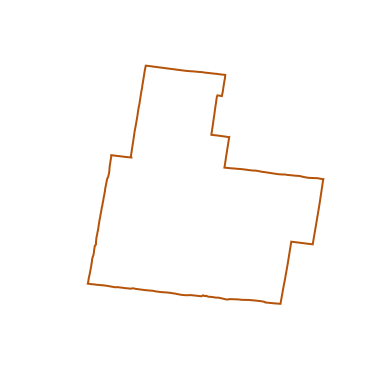 the district of Gruia, Mehedinti, Romania, rotated 341°
{"feature_id": "2599482B33990588848115", "entity_name": "Gruia", "entity_type": "district", "adm_level": 2, "iso_a3": "ROU", "parent_name": "Romania", "parent_adm1": "Mehedinti", "projection": "orthographic", "projection_center": [22.812, 44.277], "detail": "fine", "context": "isolated", "style": "outline", "palette": "amber", "viewbox_px": 384, "rotation_deg": 341, "n_neighbors": 0, "source": "geoboundaries", "source_scale": "gbopen_adm2", "svg_char_len": 3795}
<svg xmlns="http://www.w3.org/2000/svg" viewBox="0 0 384 384"><g transform="rotate(341 192 192)"><path d="M239.3,326.5L240.1,325.0L247.8,311.2L251.6,304.6L259.1,291.1L264.4,281.2L269.7,271.3L288.9,280.7L289.1,280.8L304.7,252.2L308.1,245.9L309.9,242.5L319.9,223.3L320.2,222.9L320.4,222.6L320.0,222.4L319.5,222.2L317.4,221.1L316.8,220.7L316.1,220.3L315.4,219.9L310.0,217.8L306.9,216.6L302.7,214.3L301.2,213.4L299.5,212.2L298.2,211.5L297.3,211.2L294.7,210.1L292.2,208.9L289.3,207.6L287.9,207.0L285.7,205.7L284.6,205.4L283.4,204.9L281.5,204.2L278.9,203.0L275.6,201.3L268.0,197.3L264.6,195.6L261.0,193.5L259.2,192.5L258.3,192.2L256.3,191.4L254.4,190.5L253.1,189.9L250.6,188.6L248.4,187.5L246.3,186.5L241.2,184.3L239.3,183.4L237.8,182.8L232.5,180.4L230.6,179.5L232.9,175.2L235.6,170.0L239.4,162.8L244.2,153.8L245.0,152.3L244.9,152.3L243.6,151.6L241.9,150.6L240.4,149.9L236.5,147.9L234.3,146.8L231.1,145.3L228.9,144.2L229.0,144.0L232.5,137.4L235.7,131.1L238.7,125.3L240.5,121.7L242.9,117.0L243.4,116.2L245.2,112.5L246.5,110.1L247.5,108.9L251.5,111.0L251.7,110.6L253.9,106.9L255.9,103.0L257.6,99.8L258.7,97.7L260.0,95.5L261.6,92.1L261.3,91.9L260.1,91.4L258.7,90.8L256.3,89.6L255.2,89.1L254.4,88.6L253.2,88.0L251.6,87.4L250.7,86.9L247.7,85.5L245.6,84.4L244.8,84.2L244.4,84.0L240.9,82.1L237.6,80.7L234.5,79.3L231.4,77.9L229.7,77.3L227.9,76.4L226.4,75.8L218.5,71.9L212.5,68.9L202.4,63.9L196.6,61.0L192.2,58.8L189.9,57.7L189.4,57.5L187.1,61.4L182.2,70.6L179.3,75.9L179.0,76.8L176.7,80.7L173.7,86.4L170.7,92.1L168.1,96.5L165.2,102.2L160.3,111.1L157.6,115.8L154.1,122.6L150.8,128.9L147.6,135.0L146.0,138.0L145.9,139.6L141.4,137.6L134.4,134.2L127.6,130.9L126.8,133.1L126.1,134.2L125.6,135.1L124.9,136.4L123.9,138.4L122.8,140.4L121.8,142.5L121.2,143.9L120.7,145.1L120.1,146.4L119.0,148.3L118.1,149.7L117.7,150.3L117.0,151.1L116.4,151.5L115.7,152.6L115.3,153.2L114.5,154.6L113.5,156.4L111.3,160.1L110.5,161.6L110.2,162.5L109.3,163.9L108.5,165.5L107.8,166.7L106.8,168.3L106.0,169.8L105.3,171.2L104.5,172.5L103.7,173.8L103.0,175.4L102.6,175.8L101.6,177.4L100.7,179.2L100.0,180.3L99.4,181.5L99.0,182.2L98.5,182.9L97.7,184.5L96.5,186.7L95.5,188.3L93.8,191.5L92.8,193.4L92.0,195.0L90.6,197.6L89.6,199.2L88.7,200.9L87.2,203.3L86.4,204.9L85.2,207.5L84.4,209.6L83.9,210.6L83.1,210.9L82.7,211.1L82.2,211.7L82.2,212.2L81.7,213.0L80.8,214.5L79.9,216.5L78.9,218.5L78.5,219.1L78.2,219.6L77.5,220.5L77.0,221.0L76.1,222.4L75.3,223.9L74.4,225.8L73.8,226.8L72.7,229.0L70.9,232.2L69.7,234.3L68.3,236.7L66.2,240.1L64.6,243.2L63.6,244.7L63.8,244.8L64.3,245.1L66.6,246.2L66.9,246.4L69.4,247.5L71.0,248.3L72.0,248.9L73.0,249.2L73.7,249.5L74.4,249.9L77.6,251.3L78.9,251.9L79.8,252.4L81.6,253.3L83.9,254.6L85.7,255.6L87.2,256.4L88.0,256.9L89.3,257.4L89.8,257.4L90.6,257.7L92.6,258.7L95.3,260.0L97.8,261.3L100.4,262.4L102.2,263.3L103.2,263.6L103.7,263.6L104.3,263.6L104.8,263.9L105.6,264.2L106.9,265.1L109.5,266.4L112.9,268.1L116.3,269.8L119.7,271.3L121.8,272.2L123.0,272.7L123.7,273.2L124.9,273.9L125.2,274.1L128.2,275.6L130.0,276.5L135.5,278.8L138.0,280.0L139.9,280.9L141.5,281.9L142.9,282.5L144.3,283.4L145.2,284.0L146.3,284.5L147.9,285.5L149.2,286.1L151.1,287.0L153.5,287.9L155.4,288.5L157.8,289.3L159.9,290.3L165.7,293.1L166.9,293.6L167.3,293.6L167.9,293.6L168.3,293.5L168.6,293.3L168.9,293.3L169.3,293.7L169.9,294.3L170.8,294.8L171.1,294.7L171.7,294.8L172.1,295.2L172.4,295.5L173.3,296.3L174.0,296.6L176.1,297.5L177.8,298.3L179.1,299.1L181.1,300.0L182.4,300.4L183.3,300.9L184.4,301.6L186.2,302.7L186.7,303.0L188.8,304.4L190.6,305.2L191.6,305.5L192.5,305.4L192.7,305.5L193.7,305.9L196.1,306.8L200.9,308.7L204.1,310.2L207.6,311.5L210.9,312.7L215.8,314.9L222.3,318.0L225.0,319.6L225.3,320.3L226.9,321.0L230.8,322.8L232.3,323.5L233.6,324.1L236.2,325.2L236.6,325.4L239.3,326.5Z" fill="none" stroke="#b45309" stroke-width="2"/></g></svg>